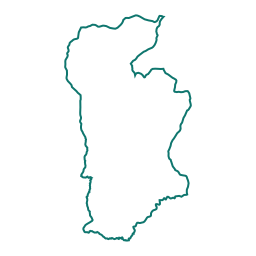 outline of Santiago, Norte de Santander, Colombia
{"feature_id": "7082276B46652813216763", "entity_name": "Santiago", "entity_type": "district", "adm_level": 2, "iso_a3": "COL", "parent_name": "Colombia", "parent_adm1": "Norte de Santander", "projection": "natural_earth1", "projection_center": [-72.726, 7.887], "detail": "fine", "context": "isolated", "style": "outline", "palette": "teal", "viewbox_px": 256, "rotation_deg": 0, "n_neighbors": 0, "source": "geoboundaries", "source_scale": "gbopen_adm2", "svg_char_len": 5738}
<svg xmlns="http://www.w3.org/2000/svg" viewBox="0 0 256 256"><path d="M133.7,233.6L133.8,232.7L134.4,231.9L134.7,231.1L134.8,230.2L133.5,227.8L133.4,227.2L133.4,226.8L134.1,226.5L135.2,226.4L135.8,225.9L136.5,223.8L137.2,222.8L138.1,222.7L139.3,223.0L140.2,223.0L143.5,222.2L144.5,221.4L145.3,220.4L147.0,217.7L147.4,217.3L147.9,217.0L149.2,216.7L150.5,216.2L150.8,215.8L151.0,215.2L151.0,213.6L151.1,213.1L151.9,211.6L153.3,210.3L155.2,209.7L156.3,209.1L156.7,208.1L156.7,207.1L156.0,205.8L155.8,204.8L155.9,204.3L156.2,204.1L157.0,204.1L158.7,204.6L159.3,204.7L159.8,204.3L160.0,203.1L159.6,200.9L159.6,200.1L162.5,200.1L163.0,199.7L164.1,198.2L164.3,198.2L164.7,198.3L165.4,199.4L165.9,199.4L167.3,196.8L168.1,196.8L168.4,196.9L170.0,198.2L170.7,198.5L171.8,198.2L172.8,197.8L173.2,197.7L174.5,198.3L174.8,198.1L175.1,196.8L175.4,196.4L179.2,195.9L181.5,196.7L183.8,195.1L184.5,194.9L186.5,194.8L187.2,194.5L186.8,192.4L186.8,190.7L186.9,189.5L188.0,186.8L188.6,183.2L188.0,180.5L187.2,178.5L186.8,177.1L186.5,176.5L186.0,176.0L185.2,175.7L182.7,175.3L180.3,174.8L179.7,174.2L178.5,172.1L177.6,171.2L175.3,170.1L175.0,169.7L174.8,169.0L173.3,167.1L172.7,166.2L171.3,161.8L170.9,160.8L170.7,159.8L169.4,158.8L169.0,158.0L168.5,156.0L168.6,153.0L168.3,151.6L168.4,151.0L169.3,149.2L170.6,145.8L171.1,143.2L171.8,141.7L172.7,140.0L173.7,138.8L175.0,136.8L177.2,133.2L179.1,131.5L180.0,130.5L180.6,128.8L180.4,126.0L180.6,125.0L181.1,123.9L182.1,122.6L183.5,117.9L185.0,115.4L187.1,110.5L187.9,110.2L188.7,109.4L190.4,106.6L190.8,105.7L190.7,104.2L189.8,100.7L189.8,99.5L190.2,99.1L190.4,98.3L189.2,93.2L187.8,91.2L187.5,91.1L185.2,91.2L183.1,92.0L181.0,92.2L179.4,91.9L178.5,91.8L176.8,92.1L174.6,91.7L174.3,91.3L174.2,91.0L174.2,90.4L175.0,87.2L175.2,84.5L176.2,82.3L176.4,80.6L175.9,79.7L173.5,78.2L172.7,77.9L168.2,74.5L165.5,73.1L163.7,69.8L163.4,68.8L160.9,69.0L155.2,68.7L152.6,68.9L151.3,69.7L150.5,71.0L148.2,74.0L146.4,74.8L145.5,75.9L145.0,77.1L144.7,77.3L144.2,77.3L143.4,76.4L142.9,75.4L141.6,74.2L140.9,73.7L138.4,72.8L136.9,73.1L136.2,73.5L135.5,74.4L135.1,75.3L134.7,73.2L133.7,71.9L132.9,71.1L132.5,70.4L132.3,69.7L132.4,68.4L132.1,66.6L132.2,65.9L130.8,63.7L133.1,60.8L135.1,59.8L136.3,58.5L137.5,56.6L139.3,55.1L143.1,52.2L144.0,51.6L145.6,51.0L148.3,49.3L152.1,47.7L153.2,46.8L154.6,45.0L155.6,43.0L156.3,41.0L156.6,39.8L156.4,38.3L156.5,37.7L157.6,35.4L157.6,35.1L156.9,34.0L156.7,32.8L156.3,31.6L156.6,29.0L157.3,27.4L157.7,27.0L158.9,26.1L159.4,25.3L159.7,24.5L159.7,22.7L160.1,21.2L161.7,18.8L163.5,16.8L162.7,16.7L161.9,16.1L160.1,15.9L159.7,15.9L159.3,16.2L157.5,20.3L156.5,21.3L154.8,22.1L154.2,22.0L152.5,21.1L148.6,20.4L144.6,19.3L139.8,16.5L137.6,15.6L136.5,15.4L135.6,15.4L128.9,18.0L126.1,17.9L125.5,18.0L123.2,20.1L123.1,20.9L122.7,21.9L122.0,23.2L120.7,24.8L117.7,27.6L116.6,28.2L115.3,28.7L113.3,28.5L110.0,27.9L106.3,26.1L104.0,25.7L102.7,25.7L99.4,26.7L98.5,26.7L97.9,26.6L96.4,25.5L95.1,24.9L92.5,24.7L91.1,25.4L90.4,25.9L88.3,26.4L86.8,27.2L85.5,27.5L83.5,27.3L81.1,27.5L78.8,32.3L78.3,35.8L78.1,37.6L78.0,38.0L77.7,38.3L76.8,38.8L75.1,39.1L73.8,39.5L73.1,40.0L72.3,40.6L72.0,41.0L70.8,41.8L69.7,43.0L69.3,44.9L68.2,46.4L67.8,47.3L67.9,48.0L68.5,49.8L68.6,51.0L68.5,51.4L67.2,53.2L67.2,54.0L67.7,54.9L67.7,55.5L67.4,56.8L65.5,60.0L65.3,61.5L65.4,64.2L65.2,66.8L65.3,67.5L66.9,70.5L67.0,72.9L67.0,74.8L66.6,77.0L66.5,78.1L66.8,79.2L67.9,81.1L70.5,83.8L71.5,85.1L72.0,87.1L76.5,91.2L77.8,92.8L79.4,94.1L80.6,95.2L80.6,96.2L80.7,96.7L80.7,98.3L80.7,99.4L80.3,100.7L80.4,107.5L80.2,112.9L80.3,115.0L81.0,117.3L81.0,118.0L80.9,118.8L80.1,120.7L80.1,121.8L80.5,122.6L81.3,123.7L81.3,124.0L81.0,126.3L81.0,128.0L81.4,130.0L82.6,132.0L82.9,132.9L83.7,134.4L85.4,137.3L85.5,138.5L86.0,139.3L86.0,139.9L85.7,140.6L85.8,141.4L85.3,144.3L85.7,145.8L86.6,146.7L86.8,147.2L87.3,147.7L87.2,149.4L87.4,150.0L87.4,150.5L86.6,152.2L86.6,153.1L86.3,154.0L86.0,154.7L85.0,155.7L84.5,157.0L84.7,159.9L85.3,160.9L85.0,161.4L84.9,162.3L85.1,162.8L85.1,163.9L85.5,165.5L85.3,167.3L84.2,168.6L83.7,169.4L83.4,171.3L83.0,172.2L81.4,174.6L81.2,175.9L81.7,175.9L82.2,176.9L83.2,177.4L85.8,177.6L86.9,176.8L87.5,176.6L88.0,177.3L88.6,177.8L89.1,177.8L89.8,177.2L90.3,177.1L90.9,177.3L91.6,177.8L91.0,178.2L90.9,178.6L90.9,178.9L91.2,179.1L91.2,179.4L90.6,179.7L90.2,180.4L90.6,181.1L90.6,182.0L90.4,182.7L89.9,183.3L90.2,183.8L89.8,185.6L90.1,186.2L90.0,187.3L90.2,188.7L89.6,189.6L89.5,190.8L89.3,191.4L89.4,191.9L88.9,192.0L88.3,193.6L87.8,194.3L87.6,196.1L87.3,196.5L86.7,196.7L86.6,197.0L86.6,197.3L86.9,197.7L86.9,198.2L87.2,198.6L87.3,200.1L86.7,203.2L87.1,204.2L87.1,205.2L87.3,205.8L87.4,206.5L87.9,207.4L88.3,209.9L88.8,210.6L89.8,211.5L89.7,212.8L89.9,213.5L90.1,215.6L91.5,217.4L92.6,220.0L92.2,220.8L89.9,222.3L87.3,223.8L85.5,225.0L83.4,228.2L83.4,229.5L84.5,231.8L85.1,232.2L87.4,232.2L88.4,232.7L88.7,232.7L89.3,232.2L89.6,231.3L90.6,230.9L91.3,231.2L92.0,231.1L92.8,231.7L93.6,232.0L94.3,232.5L96.5,232.5L97.2,232.0L98.5,232.7L99.0,233.1L99.5,233.9L100.9,234.5L102.0,235.2L103.3,236.7L103.9,236.9L105.1,238.1L105.7,238.5L107.1,238.4L107.6,238.6L108.0,239.0L108.3,239.1L109.1,238.8L109.8,238.3L110.1,238.3L110.2,238.6L111.3,238.6L111.7,238.1L112.0,238.0L113.8,238.9L114.6,239.1L116.0,238.6L116.4,238.1L116.8,238.0L117.4,238.1L118.4,238.9L118.8,239.0L119.1,238.7L119.0,237.9L119.1,237.7L120.8,238.0L121.4,238.6L121.6,238.5L121.9,237.6L122.1,237.4L122.5,237.7L122.5,238.5L122.6,239.0L123.2,239.3L123.9,240.2L124.3,240.3L125.5,240.1L125.8,240.2L126.0,240.5L126.4,240.4L126.9,240.6L128.9,240.3L128.9,239.5L128.7,238.9L128.8,238.6L129.1,238.4L130.0,238.5L130.3,238.3L131.2,236.4L131.6,236.2L131.8,235.7L132.4,235.1L132.7,233.7L132.9,233.5L133.2,233.4L133.7,233.6Z" fill="none" stroke="#0f766e" stroke-width="2"/></svg>